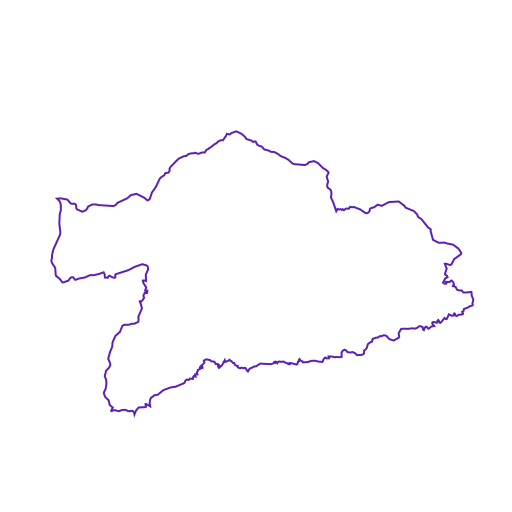 outline of Muong Cha, Điện Biên, Vietnam, rotated 253°
{"feature_id": "81297802B30042560711823", "entity_name": "Muong Cha", "entity_type": "district", "adm_level": 2, "iso_a3": "VNM", "parent_name": "Vietnam", "parent_adm1": "Điện Biên", "projection": "albers", "projection_center": [103.093, 21.828], "detail": "fine", "context": "isolated", "style": "outline", "palette": "violet", "viewbox_px": 512, "rotation_deg": 253, "n_neighbors": 0, "source": "geoboundaries", "source_scale": "gbopen_adm2", "svg_char_len": 6094}
<svg xmlns="http://www.w3.org/2000/svg" viewBox="0 0 512 512"><g transform="rotate(253 256 256)"><path d="M230.5,430.9L233.1,428.8L242.9,425.0L246.0,422.4L248.5,422.3L252.7,420.2L258.6,413.1L260.7,412.6L266.4,408.4L268.7,399.0L267.2,391.0L269.5,387.3L268.0,383.1L268.2,380.2L267.9,378.9L265.4,377.4L264.7,376.2L264.5,374.6L265.0,373.3L270.0,369.3L274.3,363.9L274.3,362.9L275.5,360.2L274.1,358.8L275.0,355.9L274.1,353.4L275.4,352.6L275.0,351.5L276.1,350.6L276.2,348.9L277.2,347.8L275.3,345.8L285.1,345.5L289.9,344.8L293.9,346.5L296.6,346.8L297.9,346.5L299.8,344.9L301.2,344.4L303.5,345.0L306.0,346.7L311.4,346.8L314.2,349.6L315.0,349.8L318.1,348.0L320.3,345.9L326.8,342.4L329.8,339.2L330.2,334.0L329.0,332.2L328.7,329.4L332.8,319.1L334.3,317.6L338.3,315.3L341.8,312.2L342.7,310.6L345.0,308.3L346.9,307.1L350.1,303.9L351.2,300.9L353.3,298.7L355.4,295.1L358.9,293.5L360.9,290.7L362.1,289.7L365.6,289.1L366.0,288.3L365.8,286.7L367.9,285.1L370.7,281.0L372.8,280.5L376.9,278.1L381.0,273.6L380.8,268.7L379.9,266.4L381.4,263.9L379.9,262.7L376.4,258.3L377.0,256.1L376.5,253.3L375.3,250.9L375.1,249.2L373.3,244.8L373.0,243.1L372.3,242.1L372.1,239.8L370.0,237.3L370.8,234.7L370.5,231.3L371.1,229.8L372.6,227.9L372.5,226.4L373.2,223.6L373.1,220.8L372.1,218.4L372.5,216.3L371.7,210.4L366.0,200.0L364.6,198.7L362.9,198.4L361.3,196.7L361.8,193.5L360.1,192.0L359.0,188.2L358.1,186.6L351.2,180.3L347.1,175.0L341.7,171.2L340.8,169.2L341.1,168.3L344.5,166.1L350.4,159.9L350.8,154.2L348.9,149.9L347.3,139.0L345.6,136.3L345.6,133.9L346.2,132.3L350.6,120.6L352.1,118.0L353.1,114.7L352.4,109.9L350.7,108.5L349.5,106.5L349.1,102.9L353.0,98.4L354.1,98.1L357.1,98.8L358.7,98.2L359.2,97.5L359.7,95.2L360.8,93.9L363.8,92.8L365.4,91.7L368.3,85.9L369.0,82.5L366.5,83.9L364.6,84.4L361.9,84.3L356.9,82.8L353.3,80.5L344.5,77.4L335.8,75.8L333.5,74.7L321.5,64.1L316.3,61.1L314.0,60.4L311.4,58.9L309.3,58.8L303.4,60.5L295.8,58.8L291.1,61.8L287.7,63.0L287.1,63.7L287.3,69.5L289.1,71.5L289.6,73.4L289.1,75.0L286.3,75.9L286.0,76.4L286.2,80.6L285.5,86.0L286.2,91.7L285.1,95.2L284.7,100.8L285.0,105.5L282.6,105.9L279.6,105.2L278.5,107.9L279.8,109.0L280.0,110.2L277.7,112.3L276.6,114.0L276.7,115.3L278.8,115.7L279.6,116.4L279.8,130.2L281.1,136.9L281.4,144.9L278.9,148.7L278.1,149.2L276.6,149.4L275.0,149.1L270.5,145.2L264.2,143.5L265.3,141.9L265.6,140.6L263.3,140.4L257.9,141.8L255.3,139.8L254.7,140.5L254.6,141.9L253.6,141.7L252.5,140.9L253.2,138.7L251.0,136.7L248.7,136.7L246.9,134.6L246.0,132.9L246.7,132.0L246.6,131.5L244.0,131.8L239.2,131.6L232.1,125.6L230.1,125.3L227.9,124.4L227.4,123.9L226.8,120.0L227.4,117.9L227.5,113.8L228.6,110.5L228.6,108.9L228.2,107.7L223.2,103.7L220.7,98.2L215.4,93.6L211.3,92.0L206.4,88.0L200.9,84.6L196.8,85.1L194.3,84.9L192.2,82.8L190.1,79.1L185.3,76.2L181.1,76.5L177.4,75.5L173.1,73.5L170.1,70.7L169.0,70.3L165.2,70.6L161.1,72.9L156.4,72.5L152.9,74.7L150.3,72.2L150.0,72.4L150.1,75.4L147.7,79.4L147.9,83.1L146.9,86.5L144.9,88.4L144.1,92.2L143.5,93.0L141.7,93.7L140.1,93.5L143.1,95.9L145.1,98.8L145.4,99.8L143.9,105.5L144.0,106.7L146.7,107.0L146.7,107.5L143.2,110.9L146.5,111.3L149.8,112.9L151.3,114.4L151.7,116.4L152.5,117.6L152.1,121.6L154.8,128.2L155.3,135.8L154.5,140.9L155.4,149.7L155.9,150.9L157.6,152.2L157.9,153.3L158.0,154.0L157.1,155.4L158.1,157.1L156.9,159.7L158.7,160.5L159.4,161.3L158.3,162.9L160.6,163.2L159.9,165.3L162.1,165.4L162.6,166.3L164.1,167.2L164.2,169.2L166.1,169.9L166.1,170.2L164.8,170.5L164.5,172.0L165.4,172.4L166.7,171.4L167.2,171.5L167.6,173.1L169.2,175.5L171.2,175.5L171.7,178.3L169.9,181.6L168.4,182.4L167.1,185.3L164.6,185.8L164.0,187.8L162.4,188.8L162.0,188.7L162.4,187.8L161.9,187.3L159.8,187.9L161.4,191.5L165.6,195.7L163.7,195.7L163.9,198.6L164.5,200.4L163.5,200.7L162.7,201.7L160.6,202.6L160.1,203.9L158.2,203.9L156.7,205.4L156.3,206.4L155.0,206.0L153.2,207.9L153.6,209.2L152.3,211.3L152.4,212.7L152.0,213.2L148.9,214.0L148.2,214.3L147.9,214.5L150.1,216.9L150.5,220.8L151.0,221.9L150.4,223.7L151.9,228.4L148.2,238.7L148.3,241.6L149.1,242.3L148.8,242.7L149.4,243.5L149.0,244.2L148.1,243.9L148.2,244.8L147.4,245.1L148.0,245.6L148.4,247.2L147.3,249.5L147.0,251.6L145.4,252.7L145.0,253.9L143.1,255.4L143.0,256.0L143.8,256.3L143.7,257.0L142.9,257.1L143.4,258.1L140.3,263.1L140.5,264.0L142.7,265.2L142.8,266.5L144.4,266.9L144.7,267.5L143.7,267.6L141.7,269.5L140.6,269.7L139.4,274.6L139.6,278.0L138.5,282.1L136.8,284.7L135.3,288.6L137.8,290.8L138.6,292.3L138.5,293.0L137.6,293.2L136.8,295.8L138.7,296.1L137.9,297.5L138.2,298.2L135.9,302.1L136.1,302.9L134.8,306.2L134.5,308.4L138.7,309.6L140.0,311.1L140.5,313.3L139.5,314.4L137.3,315.4L136.1,318.0L135.9,320.3L133.7,322.6L131.7,323.5L130.7,327.5L130.6,329.5L131.0,330.6L134.0,331.8L134.5,333.3L136.1,335.5L138.0,336.4L139.1,337.4L140.2,340.5L140.1,341.8L142.6,343.3L142.8,346.7L142.4,348.9L143.2,351.0L142.6,352.5L142.9,354.8L142.3,356.3L140.9,357.8L138.7,358.5L137.4,359.4L134.9,363.0L136.2,368.8L137.1,369.4L140.4,369.8L143.7,373.3L143.5,375.4L141.9,380.0L141.1,384.5L140.1,386.6L140.2,389.4L141.1,391.3L141.0,392.3L139.4,394.5L136.7,394.3L136.0,394.8L138.2,396.6L138.7,397.7L138.3,398.6L136.5,399.2L136.0,399.9L137.3,403.1L136.9,405.9L140.2,404.8L141.1,405.6L140.7,407.2L139.3,409.4L141.2,410.8L141.5,411.6L140.2,412.0L138.8,411.9L138.2,412.6L138.4,413.5L141.6,418.1L140.2,419.1L139.9,419.9L143.8,423.4L141.8,425.5L141.3,426.7L141.4,427.7L142.9,428.3L143.1,428.9L142.4,429.4L140.9,429.2L139.9,430.3L140.5,432.4L139.8,436.7L140.3,437.1L142.3,436.8L142.5,438.2L144.6,439.5L144.7,443.5L145.5,445.7L145.3,448.0L145.7,449.0L147.0,449.0L150.9,451.1L155.0,450.7L158.5,451.5L159.0,450.8L159.0,449.3L160.2,444.2L160.9,443.4L162.9,442.6L163.4,440.9L164.8,438.5L168.1,437.8L169.7,435.5L170.3,435.9L170.7,437.0L173.0,437.0L175.3,436.0L175.4,435.1L174.5,433.5L175.7,430.1L174.0,430.0L173.9,429.5L174.3,428.4L175.8,427.1L179.2,430.3L179.7,433.0L181.1,432.9L182.9,431.5L183.5,431.4L188.1,434.6L193.3,434.3L192.8,436.0L190.7,438.7L190.7,440.3L195.1,444.6L197.8,452.5L199.0,453.2L203.8,451.8L209.2,447.8L211.8,442.9L213.7,440.2L215.2,434.6L219.7,430.0L228.9,430.3L230.5,430.9Z" fill="none" stroke="#5b21b6" stroke-width="2"/></g></svg>